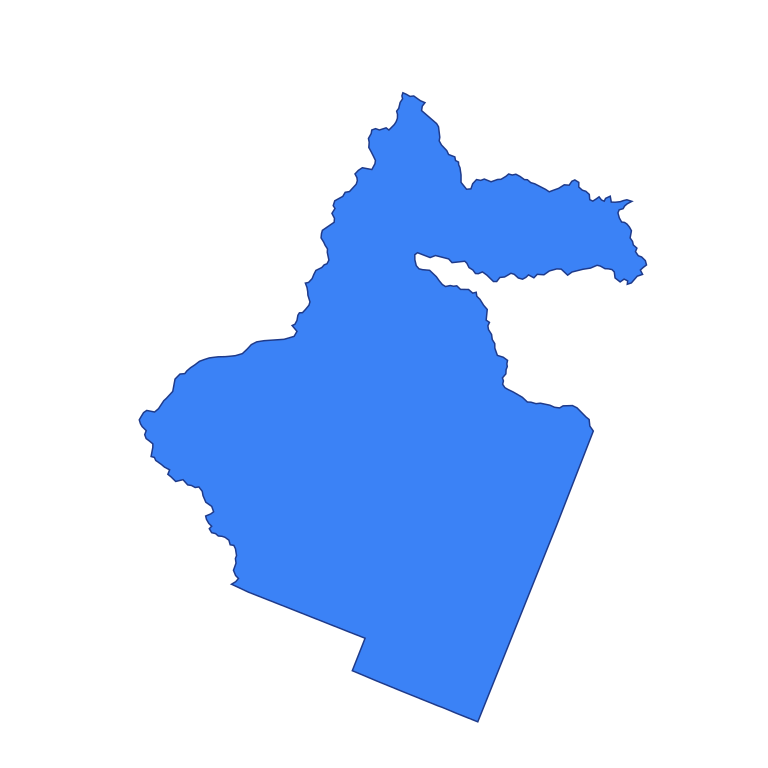 Presidente Médici, Rondônia, Brazil, rotated 112°
{"feature_id": "56859067B10232029325302", "entity_name": "Presidente Médici", "entity_type": "district", "adm_level": 2, "iso_a3": "BRA", "parent_name": "Brazil", "parent_adm1": "Rondônia", "projection": "mercator", "projection_center": [-61.989, -11.194], "detail": "fine", "context": "isolated", "style": "filled", "palette": "blue", "viewbox_px": 768, "rotation_deg": 112, "n_neighbors": 0, "source": "geoboundaries", "source_scale": "gbopen_adm2", "svg_char_len": 4491}
<svg xmlns="http://www.w3.org/2000/svg" viewBox="0 0 768 768"><g transform="rotate(112 384 384)"><path d="M551.1,528.2L550.2,524.5L550.7,520.3L548.8,517.1L551.6,512.3L555.3,510.0L560.4,504.9L562.0,497.9L566.3,494.1L569.4,496.0L573.2,499.9L576.0,497.9L578.9,494.2L580.4,490.5L583.6,491.8L586.4,488.1L585.8,484.1L587.0,480.7L585.9,477.2L585.7,474.1L586.9,469.3L590.7,466.4L589.9,462.8L592.4,460.0L598.4,456.4L601.5,456.4L605.5,454.1L613.1,453.8L617.2,449.8L618.8,446.1L622.8,447.4L626.8,450.4L627.8,431.6L627.5,398.2L627.0,323.8L626.8,306.3L635.7,306.2L661.7,306.0L662.0,285.0L662.1,279.2L662.2,251.8L662.2,213.7L662.0,208.8L662.2,193.7L662.1,170.5L545.5,170.8L471.4,171.0L451.2,171.0L349.2,172.3L345.9,177.4L340.1,180.5L338.9,184.4L333.8,196.1L333.4,201.2L337.2,209.8L340.4,212.2L341.7,217.2L341.5,222.2L343.2,231.8L345.3,235.7L345.8,240.9L347.0,244.3L344.5,250.7L343.0,261.3L342.6,267.2L342.1,270.6L339.8,273.9L336.4,274.4L334.0,276.5L329.0,274.8L324.9,276.2L321.7,276.2L319.2,277.7L315.8,278.3L314.5,283.5L315.0,289.6L309.2,294.7L305.1,296.4L302.2,300.3L297.8,302.8L294.4,307.5L291.1,309.5L287.4,309.3L286.5,313.2L276.2,316.2L273.7,321.1L269.6,326.7L267.9,330.8L264.4,332.9L266.5,335.8L264.7,341.0L267.6,348.5L265.7,353.3L267.3,356.1L267.9,359.5L270.6,363.5L269.9,367.2L267.7,371.3L264.9,375.7L261.5,384.3L263.6,391.2L264.1,394.7L262.2,398.4L257.3,401.9L252.6,403.9L249.7,402.1L249.5,388.6L245.6,384.4L243.8,370.9L246.0,366.4L239.9,355.1L241.0,352.4L244.2,348.8L245.0,344.3L247.3,340.6L246.4,337.9L243.2,334.7L244.5,329.4L248.0,320.9L246.8,317.9L241.8,316.5L239.6,312.3L237.1,310.3L233.8,307.8L233.5,304.4L235.4,299.2L234.9,294.8L232.0,292.4L228.7,290.9L229.4,284.8L224.9,283.0L222.8,276.6L217.2,273.0L212.6,267.0L211.1,262.7L214.3,254.5L209.7,251.6L203.0,242.4L199.2,236.0L194.1,230.9L193.6,227.6L194.3,222.3L193.2,219.3L192.5,215.5L193.8,212.5L199.1,209.5L200.9,203.3L196.8,200.7L197.1,196.7L200.4,195.8L197.6,192.5L189.2,189.6L185.5,185.3L182.3,189.0L178.8,187.3L175.3,185.2L171.7,187.9L169.7,192.7L169.8,196.3L167.1,200.4L163.3,200.4L161.7,204.9L158.7,207.0L156.4,210.5L149.2,212.0L146.6,215.2L144.7,218.6L144.1,221.5L144.8,224.4L141.9,228.0L137.7,231.2L134.4,231.2L131.9,228.0L128.7,227.5L125.7,225.9L121.8,222.6L122.2,227.8L124.0,230.4L126.5,233.3L128.9,237.8L130.2,241.4L125.1,244.6L128.9,248.1L132.0,248.3L131.9,251.3L129.9,254.7L132.8,256.5L136.2,258.9L136.0,262.3L131.3,264.7L129.7,269.1L130.0,272.7L128.4,277.2L124.1,278.9L123.3,283.5L125.7,285.8L130.3,286.8L131.8,291.5L137.2,295.4L141.2,299.9L143.9,302.8L143.0,307.2L141.9,319.2L142.3,323.4L140.9,327.6L141.9,330.4L140.6,335.5L140.1,340.3L142.2,343.4L142.6,347.1L145.7,348.7L150.4,352.2L151.8,355.3L156.4,360.5L156.4,367.8L159.0,370.6L159.8,374.8L165.1,376.8L170.5,376.5L172.5,380.4L168.2,388.1L161.3,390.9L155.0,394.6L152.9,396.8L150.3,398.1L150.0,401.4L146.9,403.4L147.0,410.1L144.1,413.2L140.9,420.2L137.9,423.9L134.3,424.7L125.1,429.8L122.9,432.7L116.4,451.6L112.0,452.6L107.8,451.4L107.7,456.5L105.8,464.3L107.6,467.6L107.0,472.0L106.9,475.6L110.2,475.3L112.6,473.6L116.9,474.5L122.9,473.6L126.3,474.5L128.9,472.5L132.6,471.1L136.2,471.0L139.5,471.6L146.7,474.6L145.7,478.0L147.7,480.4L150.2,483.4L150.4,487.5L153.1,490.5L156.5,489.7L162.2,490.4L165.4,488.3L170.4,486.7L173.4,483.0L176.9,479.0L179.9,475.7L183.2,474.9L189.7,475.6L191.6,485.1L195.5,487.8L200.1,489.6L202.8,486.4L205.5,484.9L209.2,484.6L218.5,488.1L220.8,491.8L225.5,492.5L228.4,494.9L232.6,498.3L237.7,497.9L239.6,495.2L245.3,496.2L248.9,492.0L252.7,490.8L264.6,498.7L268.0,498.3L272.1,497.1L275.1,493.0L277.5,490.5L279.9,487.0L283.2,485.9L289.8,481.5L293.9,481.9L295.9,484.1L299.3,485.3L304.2,489.7L308.7,490.1L313.2,490.1L318.1,492.0L319.9,494.7L323.4,491.5L327.0,489.3L330.2,487.8L335.6,483.4L339.1,483.1L344.2,484.7L348.4,486.3L349.7,489.1L352.5,489.6L357.7,488.5L362.0,489.0L364.2,491.1L367.8,484.4L373.5,485.2L380.0,493.4L388.7,511.3L392.6,517.8L397.2,521.8L402.6,523.8L408.9,526.7L413.4,532.4L415.5,536.3L418.2,541.6L420.9,547.9L423.4,552.5L425.3,555.8L428.9,560.1L432.1,563.6L437.2,566.6L441.4,569.5L445.7,571.7L449.0,572.6L451.2,576.9L457.7,579.6L470.0,577.1L478.8,580.4L481.9,581.9L491.3,583.8L495.9,586.2L497.4,594.1L500.6,596.2L505.4,597.0L508.9,597.5L512.1,594.9L514.1,592.3L516.3,587.0L520.6,586.9L523.7,584.1L524.7,580.3L526.1,575.9L529.4,574.6L538.5,572.8L538.1,569.4L540.4,567.0L541.9,560.6L543.3,556.4L543.9,550.6L548.7,550.6L549.9,546.6L552.4,540.6L548.0,534.5L551.1,528.2Z" fill="#3b82f6" stroke="#1e3a8a" stroke-width="1.5"/></g></svg>